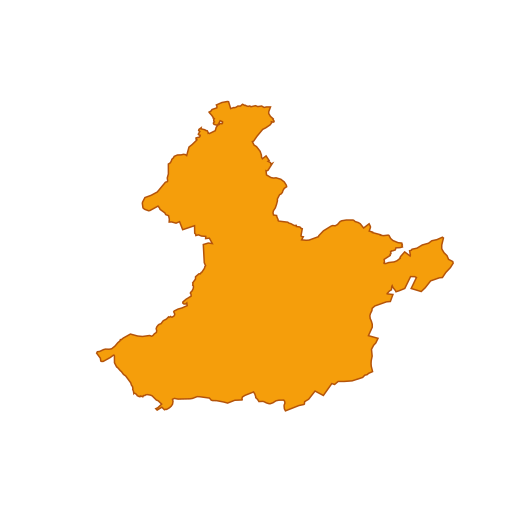 Mirsid, Salaj, Romania (Robinson projection), rotated 160°
{"feature_id": "2599482B66658090524477", "entity_name": "Mirsid", "entity_type": "district", "adm_level": 2, "iso_a3": "ROU", "parent_name": "Romania", "parent_adm1": "Salaj", "projection": "robinson", "projection_center": [23.142, 47.219], "detail": "fine", "context": "isolated", "style": "filled", "palette": "amber", "viewbox_px": 512, "rotation_deg": 160, "n_neighbors": 0, "source": "geoboundaries", "source_scale": "gbopen_adm2", "svg_char_len": 6153}
<svg xmlns="http://www.w3.org/2000/svg" viewBox="0 0 512 512"><g transform="rotate(160 256 256)"><path d="M241.6,411.5L241.5,410.0L242.2,408.6L247.2,408.7L249.0,407.5L250.9,407.3L250.9,406.9L249.5,403.4L248.8,400.7L249.1,400.4L248.2,399.3L249.2,398.5L249.5,397.2L249.2,396.3L250.4,395.7L250.7,395.0L250.4,394.0L247.7,392.1L245.7,393.2L243.4,395.4L241.6,393.7L242.0,393.3L241.8,392.6L242.3,392.1L242.8,391.9L244.5,392.8L245.5,392.1L246.6,392.3L249.4,390.5L251.4,387.7L257.9,387.0L258.4,387.7L258.9,387.7L258.7,388.2L259.0,390.4L260.5,391.3L260.8,392.1L264.3,394.4L263.8,395.2L266.3,394.5L267.0,393.5L266.2,392.2L268.6,390.2L268.0,389.0L267.1,388.5L267.8,387.5L268.4,387.1L271.9,387.5L272.4,386.4L271.7,385.6L271.8,385.3L277.8,382.6L281.7,381.3L286.8,374.1L287.6,375.4L289.4,376.4L291.6,376.6L295.3,377.8L297.1,377.7L298.8,377.6L300.0,376.5L301.9,375.7L303.5,373.8L305.1,372.7L306.9,372.4L310.3,363.0L312.7,359.7L313.3,356.9L313.8,356.2L315.9,356.3L326.9,349.9L333.8,348.9L340.4,348.9L344.2,345.4L344.8,344.4L345.7,340.2L345.6,339.4L344.5,337.8L341.4,335.2L340.1,335.0L331.0,336.4L330.3,334.3L330.2,332.6L326.9,327.7L326.7,325.8L324.4,323.8L324.8,320.4L326.0,317.6L323.7,316.9L319.9,314.2L316.1,314.4L315.9,305.8L303.4,305.5L305.8,298.4L305.2,297.1L305.5,295.8L302.9,295.6L300.4,293.4L296.5,291.6L297.4,289.6L293.7,288.7L292.8,282.6L296.4,284.5L301.6,284.8L306.9,267.4L306.7,264.1L307.7,263.5L308.6,262.1L312.4,259.3L313.1,259.3L314.3,258.3L315.7,258.8L319.9,257.2L320.8,255.0L324.7,252.4L324.7,251.5L325.5,250.2L325.1,249.5L325.3,248.4L326.2,246.8L328.1,245.0L330.0,244.1L330.4,243.4L330.1,242.4L330.6,240.5L336.5,239.3L340.3,237.9L340.9,236.9L340.1,235.5L338.2,234.9L337.1,235.5L337.6,232.9L343.3,232.5L347.4,232.8L351.7,232.3L352.4,231.7L352.2,229.5L352.6,228.5L353.7,227.6L355.9,227.2L356.6,227.7L356.9,228.4L358.7,228.1L359.0,228.7L361.7,227.4L365.3,226.9L368.4,224.9L370.5,224.9L371.8,224.4L373.5,223.3L374.7,221.8L374.8,219.9L375.8,218.2L378.0,217.7L380.1,216.5L381.5,216.3L383.2,217.7L390.2,219.2L394.6,221.3L400.7,225.6L408.8,224.3L411.4,223.4L412.0,223.8L413.0,222.7L415.5,221.8L419.3,219.6L423.4,218.2L425.9,218.6L429.3,220.0L431.4,220.2L435.5,219.8L437.8,220.3L439.0,219.2L437.2,213.2L437.8,210.4L437.1,209.7L435.6,209.2L427.5,210.5L423.9,211.6L423.3,211.3L423.2,210.6L425.5,204.1L424.9,199.3L424.4,198.9L422.7,194.6L422.0,193.4L421.0,190.0L419.5,187.9L417.1,179.7L417.2,177.3L416.7,175.4L417.1,173.4L417.5,172.8L417.4,171.0L417.8,168.7L417.4,169.0L416.0,167.4L415.5,166.4L415.4,165.4L413.7,163.7L412.5,164.0L412.2,163.8L412.4,163.4L410.5,163.0L410.4,162.5L409.4,163.3L408.2,162.9L407.1,163.3L405.4,162.9L402.8,161.4L401.4,160.1L398.9,154.7L397.5,153.5L395.3,149.1L400.2,147.0L402.4,146.8L401.6,145.0L396.2,146.1L394.6,142.8L393.1,142.8L392.5,142.4L389.2,143.0L387.0,143.9L385.1,145.3L383.7,147.8L383.5,149.9L381.4,150.1L378.2,148.2L366.9,144.4L364.4,143.9L359.4,144.0L357.0,143.0L348.3,138.4L347.4,135.9L346.2,135.0L342.4,133.5L336.4,129.9L333.0,127.5L325.3,127.7L318.3,125.5L318.1,125.7L318.0,126.8L316.9,128.2L314.0,128.8L304.8,129.1L304.3,126.6L304.4,123.9L304.7,123.0L303.6,120.8L303.0,118.2L299.4,117.1L298.2,116.3L296.6,114.5L294.2,112.7L293.1,112.3L290.2,112.3L286.8,113.1L283.8,112.7L279.2,111.1L278.8,109.7L279.1,107.9L280.6,106.2L281.0,105.1L281.6,102.7L281.3,100.4L266.8,100.8L261.8,100.1L261.2,100.3L260.1,102.5L255.5,103.4L246.7,108.9L240.4,101.9L228.4,110.2L226.1,108.4L221.7,110.0L216.2,108.0L208.4,105.8L197.3,105.4L194.5,106.8L192.1,106.5L190.4,107.2L186.0,107.5L185.4,113.0L184.7,115.5L183.6,118.1L181.1,122.2L179.4,128.8L176.0,131.9L173.2,133.3L169.5,136.9L177.6,142.7L171.1,149.3L170.1,152.1L169.9,155.0L170.1,158.8L169.7,159.4L169.6,160.7L168.2,162.7L165.8,165.0L164.7,167.1L161.4,168.4L149.1,168.3L145.3,167.3L140.5,173.0L145.0,175.2L145.7,175.6L145.6,175.9L142.5,177.5L140.3,177.9L138.9,180.8L138.2,181.5L138.1,179.7L136.8,175.7L136.7,174.5L133.2,174.4L127.3,174.6L117.8,183.8L113.9,182.3L112.6,180.9L121.3,172.4L112.9,166.1L108.0,168.2L100.4,172.9L91.1,172.8L88.2,172.0L83.3,175.6L77.3,178.6L73.2,181.8L73.0,183.5L76.2,187.0L76.4,191.0L78.2,194.8L78.9,198.4L78.9,199.6L77.7,202.8L73.7,208.8L74.4,209.9L80.4,209.5L85.6,210.2L89.5,209.0L96.0,209.5L102.1,208.3L107.1,209.0L108.0,208.3L109.9,208.4L110.6,204.1L111.2,203.3L114.9,209.0L120.1,206.2L121.2,205.3L121.2,204.6L125.2,203.3L128.2,203.2L133.7,204.5L136.6,204.5L138.0,205.1L138.2,205.7L137.4,206.2L136.8,209.0L129.7,210.6L129.5,211.7L128.4,212.0L128.0,214.2L127.3,214.1L126.7,214.5L125.9,214.1L123.0,214.1L121.7,215.8L117.8,214.6L115.3,214.4L115.2,216.4L114.7,216.4L114.6,218.3L117.9,219.9L122.1,223.8L123.5,226.4L124.0,229.8L124.6,230.4L129.2,231.5L131.4,232.6L132.0,233.1L131.7,233.4L138.6,238.2L138.3,238.6L141.1,240.7L138.7,243.7L138.4,244.6L138.7,247.6L145.3,245.5L147.0,250.6L148.4,252.4L151.1,254.5L151.8,255.9L152.5,256.6L158.7,258.9L163.4,259.8L165.2,259.6L168.7,257.7L171.3,257.3L173.6,258.4L175.3,258.4L184.0,256.6L190.1,253.6L190.7,252.8L200.7,252.8L203.5,253.6L207.6,255.6L205.0,257.9L206.6,258.8L206.8,259.6L203.2,265.8L204.3,266.6L204.4,267.6L205.1,268.4L208.0,269.9L207.7,271.0L209.7,271.6L212.2,274.5L213.7,275.5L214.6,276.9L222.6,281.0L223.1,281.7L222.8,282.7L223.0,285.6L222.8,287.0L225.5,288.5L225.3,290.7L224.1,292.6L221.4,294.6L219.2,297.3L217.0,300.5L216.4,302.3L212.8,305.6L211.3,305.7L209.5,306.7L208.3,308.3L206.3,309.9L203.5,310.6L203.3,312.2L204.1,315.9L206.4,319.6L210.4,322.6L212.8,323.2L215.1,324.6L218.4,328.6L217.4,332.7L216.9,332.3L215.3,332.5L209.0,337.4L210.6,337.2L210.5,338.8L212.3,340.9L211.0,341.2L212.3,346.6L216.7,345.2L217.0,346.9L216.4,349.1L216.3,353.0L218.1,358.6L219.9,360.9L220.3,364.7L218.9,364.8L214.1,368.2L206.4,372.7L203.0,373.1L197.9,374.4L195.8,375.8L195.6,376.9L194.1,375.9L193.1,376.0L192.9,376.7L193.3,378.7L192.9,379.0L194.7,382.3L195.3,385.5L194.7,387.2L191.4,391.1L195.2,392.5L197.6,392.8L199.4,395.0L203.3,395.8L205.0,397.4L209.7,398.0L210.5,399.1L212.3,399.3L213.8,400.4L214.3,401.2L215.4,401.5L215.7,402.2L216.8,403.2L219.3,402.2L221.8,403.1L223.9,402.6L225.8,402.8L226.1,403.1L229.4,403.2L229.0,410.4L230.1,411.0L235.5,411.9L241.6,411.5Z" fill="#f59e0b" stroke="#b45309" stroke-width="1.5"/></g></svg>